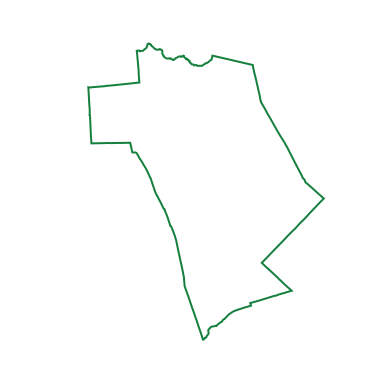 the district of Silistea-Gumesti, Teleorman, Romania, rotated 106°
{"feature_id": "2599482B10806735805591", "entity_name": "Silistea-Gumesti", "entity_type": "district", "adm_level": 2, "iso_a3": "ROU", "parent_name": "Romania", "parent_adm1": "Teleorman", "projection": "orthographic", "projection_center": [25.013, 44.369], "detail": "fine", "context": "isolated", "style": "outline", "palette": "green", "viewbox_px": 384, "rotation_deg": 106, "n_neighbors": 0, "source": "geoboundaries", "source_scale": "gbopen_adm2", "svg_char_len": 5556}
<svg xmlns="http://www.w3.org/2000/svg" viewBox="0 0 384 384"><g transform="rotate(106 192 192)"><path d="M173.0,302.1L168.3,287.0L167.8,285.4L167.7,284.7L167.2,282.9L166.7,281.3L165.3,276.8L164.9,275.6L164.3,273.4L161.7,265.0L164.9,263.2L170.4,260.2L169.7,257.7L169.6,257.4L169.6,257.0L169.7,256.4L169.9,255.9L170.6,255.1L172.0,253.7L172.5,253.2L173.9,251.9L174.6,251.1L176.3,249.0L178.4,246.8L179.4,245.8L182.3,242.6L182.9,242.0L183.5,241.6L184.2,240.9L186.9,238.5L189.3,236.6L190.1,235.9L190.3,235.7L190.2,235.6L190.8,235.2L191.7,234.5L196.2,231.5L197.5,230.6L197.9,230.2L200.6,228.5L201.1,228.1L202.2,227.3L203.3,226.4L203.5,226.3L204.7,225.0L211.4,218.6L212.3,217.8L215.8,214.7L216.0,214.4L215.9,213.9L216.0,213.7L216.3,213.5L216.9,213.3L217.2,213.0L223.5,208.2L229.0,204.5L230.6,203.5L230.6,203.0L230.7,202.8L230.9,202.5L234.9,199.4L238.8,196.5L241.4,194.8L243.9,193.3L248.2,191.1L251.8,189.2L255.5,187.2L259.3,185.2L266.4,181.3L273.6,177.6L274.0,177.5L275.5,176.6L278.1,175.5L278.3,175.5L278.8,175.3L279.4,175.1L281.7,174.2L283.0,173.7L283.7,173.5L284.3,173.3L284.4,173.2L287.4,171.1L294.9,165.7L303.9,159.5L307.3,157.0L312.4,153.5L313.2,152.8L317.2,150.1L318.2,149.5L322.6,146.4L325.3,144.5L329.8,141.5L330.9,140.6L330.0,139.7L329.8,139.7L329.3,139.5L328.8,139.5L328.7,139.5L328.6,139.3L328.1,138.5L327.8,138.3L326.8,138.2L326.2,138.1L324.2,137.1L323.2,137.2L322.5,137.3L321.2,138.0L320.8,138.2L320.4,138.3L320.1,138.3L319.3,137.9L317.7,137.2L317.1,136.8L316.5,136.5L316.3,136.4L315.9,135.9L315.7,135.4L315.3,134.4L315.1,133.9L314.9,133.6L314.3,133.0L314.2,132.5L314.1,131.6L313.8,131.6L312.7,131.0L311.7,130.3L311.2,130.0L309.7,128.8L309.3,128.5L309.1,128.4L309.0,128.2L308.6,127.7L307.8,127.4L306.8,127.1L306.1,126.8L305.9,126.6L305.3,125.9L304.9,125.7L303.9,125.2L303.3,124.8L302.2,124.3L300.3,123.3L299.2,122.6L298.6,122.0L297.5,121.2L295.9,119.8L294.2,117.9L294.0,117.5L292.2,115.0L290.3,112.1L289.4,110.9L285.0,103.9L282.7,105.4L278.2,98.1L274.7,92.7L273.8,91.3L273.0,90.1L270.1,85.7L269.4,84.6L268.3,82.5L267.9,82.0L266.8,80.6L265.8,79.0L265.1,78.0L263.9,75.9L263.1,74.6L262.5,73.9L261.1,71.5L260.4,70.6L260.0,69.8L259.5,68.9L259.2,69.3L259.1,69.7L258.0,72.0L257.0,73.9L255.9,76.2L254.1,79.8L253.0,81.8L251.5,84.8L250.2,87.0L248.2,91.0L245.0,97.3L243.8,99.8L243.3,100.9L242.9,101.6L242.7,102.0L240.9,105.4L233.8,101.6L223.9,96.4L221.6,95.1L216.8,92.6L212.2,90.1L206.6,87.3L205.9,86.8L205.2,86.5L204.4,86.1L198.8,82.8L193.1,80.0L191.1,78.9L188.0,77.1L182.6,74.3L181.0,73.6L168.3,67.0L161.9,63.5L157.4,72.9L155.7,76.3L152.3,83.5L151.9,84.3L151.8,84.8L151.5,85.5L151.1,85.9L150.6,86.1L150.0,86.5L149.7,86.7L148.8,87.9L148.3,88.7L148.1,89.1L148.1,89.3L146.3,90.7L135.2,101.3L131.3,104.9L127.9,108.1L122.6,113.0L121.9,113.8L120.9,114.9L120.6,115.2L119.5,116.1L117.8,118.0L116.2,119.8L114.0,122.3L109.1,127.5L98.4,138.3L96.7,140.2L91.1,145.7L86.8,150.2L86.4,150.5L85.8,150.9L84.2,151.8L81.0,153.3L77.3,155.4L67.6,160.7L65.1,162.1L59.3,165.5L53.1,168.7L53.2,169.1L55.3,209.9L59.4,209.7L60.2,210.5L60.8,211.0L61.9,211.6L62.8,212.2L63.4,212.8L63.7,213.2L64.1,213.4L64.2,213.8L64.3,214.0L64.4,214.3L64.6,214.5L65.2,214.7L65.5,215.1L66.2,215.7L66.3,216.0L67.3,216.5L67.8,217.1L68.1,217.4L68.1,218.0L68.5,219.0L68.6,219.5L68.9,220.4L69.1,220.6L69.1,220.8L69.1,221.4L69.2,221.5L69.1,221.8L69.0,222.0L68.9,222.4L68.7,222.8L68.7,223.0L68.8,223.1L69.0,223.4L69.1,223.6L69.1,223.8L69.6,224.6L69.7,224.8L69.5,225.1L69.4,225.3L69.2,225.5L69.1,226.2L69.1,226.4L69.2,226.7L69.4,227.2L69.4,227.4L69.3,227.6L69.1,227.6L68.9,227.9L68.7,228.4L68.4,228.8L68.2,229.1L68.3,229.3L68.2,229.6L68.0,230.0L67.8,230.1L67.4,230.1L66.6,230.6L66.9,231.0L66.7,231.5L66.5,231.8L66.4,232.0L66.2,232.1L66.2,232.3L65.7,232.5L65.7,233.0L65.9,233.2L65.9,233.5L65.5,233.7L65.4,233.8L65.7,234.5L65.2,234.7L65.1,234.8L65.0,235.4L64.7,236.3L64.5,236.7L64.1,236.9L64.1,237.3L63.9,237.4L63.7,237.3L63.4,237.3L63.3,237.6L63.3,237.8L63.7,238.1L64.0,238.8L65.0,239.3L65.0,239.8L64.9,241.1L65.0,241.3L65.7,242.3L66.7,243.2L67.8,244.6L68.0,244.7L68.4,244.7L69.0,245.3L69.2,245.5L69.8,245.7L70.0,245.9L70.3,246.4L70.3,246.5L70.1,246.6L70.3,247.1L70.2,247.4L69.9,247.8L69.5,248.7L69.5,248.9L69.8,249.1L69.9,249.4L69.9,249.9L69.8,250.1L69.7,250.3L69.6,250.5L70.0,250.9L70.2,251.5L70.4,252.0L70.6,252.8L70.6,253.8L70.4,254.1L70.2,255.0L70.0,255.5L69.8,256.0L69.4,256.6L69.1,256.6L68.9,256.8L68.4,257.6L67.6,258.2L67.3,258.6L67.0,258.8L66.6,258.9L65.2,259.2L64.7,259.4L64.2,259.7L64.0,260.0L63.9,260.2L63.9,260.7L63.8,261.0L63.5,261.3L63.5,261.5L63.6,262.0L63.6,262.6L64.2,263.0L64.4,263.4L64.6,264.0L64.7,264.7L65.0,265.3L65.0,265.6L64.8,266.0L64.6,267.2L64.4,267.7L64.1,268.2L63.9,268.7L63.6,269.0L63.3,269.5L63.1,270.2L62.9,271.0L62.7,271.1L62.4,271.5L62.1,271.6L61.8,271.9L61.6,272.7L61.4,272.9L61.3,273.1L61.4,273.4L61.6,273.8L61.6,274.0L61.4,274.2L61.1,274.3L61.1,274.5L61.7,275.2L61.8,275.3L62.1,275.4L63.5,275.5L64.6,275.3L64.9,275.3L65.4,275.5L66.0,275.6L66.6,275.9L67.6,276.6L68.1,277.2L69.2,277.6L69.7,278.1L69.9,278.4L70.3,279.3L70.4,279.8L70.8,280.1L70.8,280.8L71.1,281.1L71.1,281.3L70.8,281.5L70.6,282.0L70.7,282.4L71.2,283.5L71.5,284.0L72.0,283.8L74.7,282.7L85.3,278.6L89.4,277.0L94.5,275.3L101.3,272.8L102.1,274.9L102.8,276.5L106.7,286.1L110.9,296.6L113.7,303.8L114.0,304.3L114.4,305.2L117.8,314.2L119.8,319.3L119.9,320.0L120.0,320.2L119.9,320.4L119.9,320.5L136.3,314.8L137.4,314.5L138.1,314.1L141.9,312.7L143.3,312.4L145.5,311.7L146.0,311.8L146.3,311.7L146.3,311.3L146.5,311.2L155.9,308.0L164.3,305.2L169.8,303.2L173.0,302.1Z" fill="none" stroke="#15803d" stroke-width="2"/></g></svg>